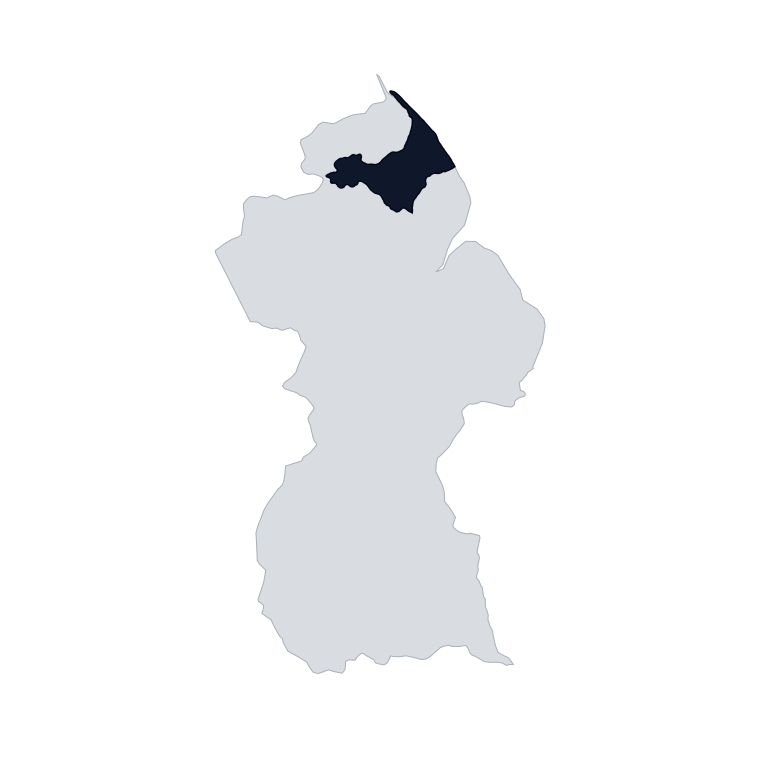 I-2 Waini, Barima-Waini, Guyana (highlighted), rotated 15°
{"feature_id": "73187651B25125705574502", "entity_name": "I-2 Waini", "entity_type": "district", "adm_level": 2, "iso_a3": "GUY", "parent_name": "Guyana", "parent_adm1": "Barima-Waini", "projection": "mercator", "projection_center": [-59.589, 7.691], "detail": "fine", "context": "in_parent", "style": "filled", "palette": "ink", "viewbox_px": 768, "rotation_deg": 15, "n_neighbors": 0, "source": "geoboundaries", "source_scale": "gbopen_adm2", "svg_char_len": 9415}
<svg xmlns="http://www.w3.org/2000/svg" viewBox="0 0 768 768"><g transform="rotate(15 384 384)"><path d="M238.7,358.4L221.7,339.4L204.5,320.2L187.7,301.4L186.5,298.8L193.6,289.9L199.9,283.4L205.1,279.8L207.6,276.6L205.7,262.7L205.8,257.8L203.4,252.3L201.6,246.3L203.7,241.2L206.3,237.7L209.5,236.3L217.4,235.1L223.0,234.6L224.9,232.5L228.2,230.2L232.4,230.1L240.7,231.7L244.4,228.6L251.3,224.5L266.7,217.3L270.1,212.7L272.5,205.4L272.3,202.0L270.7,200.7L266.9,199.6L261.0,199.4L256.3,201.3L251.5,200.2L247.5,195.8L247.3,192.1L249.6,186.9L248.3,183.4L240.6,172.5L240.6,169.4L246.2,164.5L249.4,160.3L253.7,150.3L257.1,146.9L267.8,145.7L270.5,143.6L276.0,138.3L284.1,132.2L295.8,127.4L299.2,118.6L301.3,116.2L310.6,111.5L312.2,109.0L312.0,106.9L297.0,87.1L300.0,88.4L311.6,101.3L318.0,104.1L319.4,104.2L319.4,100.8L325.3,102.3L340.5,111.1L362.8,125.7L394.1,153.2L403.0,163.7L409.0,168.6L418.3,180.6L421.0,186.5L420.7,209.8L412.5,225.6L410.5,237.4L410.0,253.2L405.2,262.3L411.6,257.3L413.6,243.1L419.0,234.5L426.0,225.0L435.4,222.7L445.5,226.7L453.6,227.4L460.8,230.3L476.1,245.4L491.0,257.4L496.4,267.1L512.2,271.9L521.5,279.5L524.5,286.0L526.4,303.2L523.3,329.1L524.2,330.4L519.9,335.5L519.1,338.8L516.4,344.5L514.2,347.6L517.4,354.8L520.9,355.1L522.3,356.0L523.2,357.4L523.0,359.0L521.6,360.3L518.2,362.1L514.9,366.2L515.2,370.7L513.2,373.1L506.7,374.4L493.9,374.4L487.6,374.7L482.6,375.5L479.3,378.4L475.1,380.5L471.9,381.0L469.0,384.4L466.1,389.2L467.0,392.6L470.0,397.0L471.8,401.5L469.5,408.9L466.9,414.6L465.4,418.9L463.4,427.2L458.5,436.4L455.0,441.6L455.0,447.3L456.8,455.3L466.8,467.0L470.1,472.6L472.9,481.6L481.9,488.7L487.6,494.4L487.1,501.9L487.8,504.3L491.4,506.2L495.6,507.6L500.4,507.5L504.6,506.9L505.6,505.8L515.4,505.7L516.5,507.6L517.1,518.4L517.5,522.8L519.8,524.6L521.2,527.3L521.3,529.7L521.7,535.8L523.2,539.0L523.0,545.5L524.0,547.9L526.7,549.5L530.1,554.2L531.4,554.7L532.1,556.4L535.0,563.0L536.5,565.0L537.5,565.3L538.0,567.6L540.1,573.8L541.5,575.3L544.3,579.8L545.4,584.8L549.0,590.4L552.7,594.3L554.4,598.4L559.1,607.4L563.6,613.7L569.9,615.3L575.0,616.2L578.3,618.7L581.5,621.3L578.0,622.5L575.0,624.1L570.7,622.9L564.8,623.5L558.7,625.3L553.0,626.2L542.3,623.4L539.0,623.0L536.8,621.7L532.4,616.2L530.3,615.5L524.6,618.1L517.7,619.9L514.3,619.6L510.3,621.4L506.6,624.0L499.6,634.8L495.9,638.7L492.0,640.4L484.2,640.4L475.8,640.8L469.6,643.4L463.7,644.8L460.8,644.9L459.8,650.9L458.4,653.7L456.6,655.2L452.0,655.7L447.9,655.5L445.5,653.0L440.8,651.8L436.8,650.9L434.1,649.5L432.0,649.8L430.2,652.3L428.8,654.4L427.5,658.3L421.3,659.6L418.7,661.8L420.2,669.1L419.5,672.0L418.2,674.2L410.7,674.7L404.3,674.5L400.6,677.2L396.0,680.3L393.3,680.9L390.0,680.7L385.6,677.1L381.4,672.6L370.8,669.5L360.3,666.9L353.4,659.7L351.8,656.2L348.5,654.7L340.3,646.2L335.8,640.8L330.9,639.3L325.3,637.1L325.5,633.1L325.1,629.3L322.7,627.8L319.3,626.8L318.1,624.6L318.4,619.7L319.1,606.8L318.1,594.6L310.6,590.3L307.3,587.4L301.6,569.2L298.9,561.1L298.8,555.0L300.7,536.8L302.8,529.0L308.7,513.3L312.0,507.9L312.2,504.0L311.9,498.8L310.2,488.7L320.0,482.4L324.3,479.7L325.0,475.4L330.3,470.0L332.6,464.9L334.6,460.8L334.0,458.7L331.7,457.4L329.0,453.6L323.3,442.5L321.2,440.3L319.5,437.2L320.4,432.3L322.6,426.9L322.3,424.7L318.9,421.8L311.9,417.1L306.0,416.7L301.5,415.0L294.8,414.7L289.5,414.2L286.5,412.4L287.1,409.5L288.4,407.2L292.9,401.7L295.9,395.7L296.3,389.9L297.2,382.2L298.5,375.6L299.2,368.0L292.2,363.1L289.9,359.0L287.0,355.4L283.8,355.4L279.0,353.9L271.5,358.6L265.6,357.8L261.5,359.5L252.1,359.2L246.0,356.9L238.7,358.4Z" fill="#d9dde1" stroke="#a8b0b8" stroke-width="1"/><path d="M317.3,102.4L317.8,102.3L318.5,102.5L319.2,102.9L319.8,103.3L320.3,104.0L321.0,104.4L321.7,104.9L322.4,105.4L323.1,106.0L323.8,106.5L324.6,107.0L325.4,107.6L326.1,107.9L326.7,108.2L327.3,108.7L327.9,109.1L328.6,109.6L329.2,110.0L329.9,110.5L330.8,111.0L331.4,111.3L332.1,111.6L332.7,111.8L333.6,112.1L334.5,112.4L335.1,112.7L335.7,113.4L336.2,114.0L336.7,114.8L337.2,115.6L337.7,116.1L338.1,116.6L338.6,117.2L338.8,117.9L339.2,118.5L339.9,119.0L340.6,119.2L341.5,119.5L342.0,119.9L342.5,120.6L342.9,121.2L343.2,121.8L343.3,122.8L343.7,123.8L343.7,124.5L343.9,125.3L344.1,126.0L344.2,127.0L344.3,127.9L344.3,128.7L344.3,129.7L344.4,130.5L344.4,131.6L344.3,132.4L344.3,133.2L344.3,134.2L344.3,134.9L344.4,135.7L344.2,136.6L344.0,137.4L343.8,138.2L343.6,139.2L343.6,140.1L343.7,140.9L343.6,141.8L343.5,142.8L343.4,143.5L343.2,144.4L343.0,145.0L343.0,145.8L342.9,146.8L342.6,147.6L342.5,148.4L342.5,149.2L342.5,149.9L342.5,150.6L342.3,151.3L342.0,152.1L341.4,153.0L340.8,153.7L340.2,154.2L339.4,154.8L338.7,155.5L338.1,156.0L337.3,156.5L336.6,156.8L335.9,157.1L335.2,157.2L334.5,157.4L333.8,157.5L333.1,157.5L332.2,157.9L331.2,158.5L330.8,159.0L330.2,159.8L329.6,160.4L329.0,161.1L328.4,161.9L327.9,162.8L327.5,163.4L326.9,164.2L326.5,165.0L326.1,165.5L325.1,166.7L324.8,167.3L324.4,168.0L324.0,168.8L323.7,169.6L323.4,170.2L323.1,170.8L322.7,171.4L322.2,172.0L321.6,172.6L321.1,173.1L320.5,173.5L319.8,173.8L319.1,174.2L318.5,174.5L317.7,174.6L316.8,174.7L315.9,174.8L315.2,174.9L314.5,175.1L313.8,175.3L312.9,175.6L312.3,175.9L311.5,176.1L310.6,176.2L309.9,176.0L308.9,175.7L308.1,175.7L307.5,175.6L306.7,175.5L306.0,175.2L305.4,174.9L304.7,174.7L304.0,174.3L303.7,173.6L303.6,172.7L303.5,172.1L303.5,171.2L303.3,170.6L303.2,169.8L302.7,169.1L302.2,168.5L301.4,168.3L300.7,168.5L300.1,168.9L299.4,169.5L298.9,169.9L298.3,170.3L297.6,170.5L296.9,170.4L296.1,170.4L295.2,170.3L294.6,170.6L293.9,171.1L293.5,171.6L292.9,172.4L292.3,173.2L291.7,173.8L291.2,174.3L290.6,174.8L289.7,175.2L289.0,175.2L288.0,175.2L287.3,175.6L286.4,176.1L285.8,176.5L285.1,177.2L284.4,177.1L283.7,177.4L283.1,177.8L282.5,178.3L281.9,178.9L281.5,179.5L281.0,180.3L280.5,180.9L280.0,181.6L279.6,182.4L279.3,183.2L279.2,184.1L279.3,184.9L279.6,185.7L280.1,186.4L280.7,187.1L281.3,187.7L282.0,188.0L282.7,188.4L283.2,189.0L283.7,189.6L283.7,190.4L283.4,191.1L283.0,191.7L282.4,192.2L281.6,192.4L280.7,192.5L279.9,193.0L279.2,193.4L278.3,193.9L277.6,194.2L277.3,194.8L276.8,195.3L276.1,195.7L275.5,196.2L275.0,196.8L274.6,197.3L274.2,197.9L274.8,198.6L276.8,198.8L278.1,199.0L278.9,199.4L279.5,199.9L279.8,200.8L279.8,201.6L280.1,202.5L280.5,203.1L281.3,203.5L282.0,203.4L282.8,203.2L283.4,203.0L284.2,202.7L285.0,202.6L285.8,202.8L286.4,203.3L287.4,203.7L288.0,204.4L288.3,205.0L289.1,205.2L289.9,205.6L290.5,205.8L291.4,205.8L292.1,205.7L292.8,205.3L293.5,204.9L294.0,204.4L294.5,203.8L294.6,203.1L294.9,202.4L295.3,201.8L295.7,201.1L296.3,200.9L297.0,200.7L298.0,200.9L298.7,201.0L299.6,201.4L300.4,201.9L301.1,201.9L302.0,201.8L302.9,201.6L303.5,201.1L304.0,200.7L304.3,200.0L304.8,199.3L305.5,199.0L306.0,198.6L306.5,197.8L306.7,197.1L306.7,196.3L306.9,195.4L307.2,194.8L307.8,194.4L308.6,194.2L309.3,194.1L310.0,194.1L310.7,194.1L311.6,194.4L312.4,194.6L313.1,194.9L313.8,195.1L314.8,195.4L315.6,195.8L316.2,196.2L317.0,196.7L317.6,197.2L318.1,197.6L318.7,198.1L319.5,198.7L320.2,199.3L320.8,199.8L321.6,200.2L322.3,200.5L323.1,200.8L323.8,201.1L324.6,201.6L325.4,201.8L326.2,201.9L326.9,201.9L328.3,202.0L329.2,202.0L329.9,202.0L330.7,202.1L331.5,202.6L332.2,202.9L332.8,203.5L333.5,204.1L334.0,204.6L334.7,205.4L335.2,205.9L336.0,206.7L336.6,207.4L337.1,208.2L337.5,208.9L338.2,209.3L338.9,209.6L339.5,210.0L340.1,210.5L341.0,210.6L341.7,210.6L342.4,210.7L343.1,210.8L343.8,211.2L344.2,211.9L344.7,212.5L345.2,212.9L345.9,213.1L346.8,213.3L347.7,213.4L348.4,213.5L349.1,213.7L349.8,214.0L350.5,214.3L351.3,214.5L352.2,214.2L352.8,213.9L353.6,213.5L354.2,212.8L354.5,212.1L354.9,211.5L355.3,211.0L355.8,210.2L356.0,209.5L356.6,209.1L357.3,208.9L358.1,208.8L358.8,208.8L359.5,209.1L360.2,209.3L361.4,209.8L362.1,210.2L362.9,210.5L363.7,210.7L364.6,211.0L365.4,211.1L366.3,211.0L366.9,211.4L366.8,209.9L366.5,208.9L366.3,208.2L365.9,207.4L365.6,206.7L365.5,205.7L365.5,204.9L365.4,204.2L365.2,202.7L365.1,201.9L365.0,201.0L365.0,200.1L365.1,199.4L365.3,198.5L365.4,197.8L365.8,197.1L366.1,196.4L366.5,195.5L366.8,194.6L367.0,193.7L367.3,192.8L367.7,192.1L368.0,191.5L368.4,190.8L368.7,190.0L369.0,188.9L369.2,188.1L369.5,187.2L369.7,186.1L370.2,185.4L370.6,184.8L371.0,184.3L371.9,183.7L372.4,183.1L372.7,182.3L372.8,181.4L373.0,180.6L372.8,180.0L372.5,179.3L372.2,178.6L371.6,177.8L371.4,177.1L371.4,176.4L371.2,175.4L371.4,174.4L371.6,173.7L371.9,172.9L372.4,172.4L373.1,171.9L374.5,171.1L374.9,170.2L375.5,169.4L376.1,168.8L376.9,168.0L377.6,167.5L378.5,167.2L379.3,167.1L380.0,167.0L381.9,166.5L382.6,166.3L383.3,165.9L384.6,165.0L385.3,164.2L385.8,163.6L386.4,163.2L387.2,163.2L387.9,163.2L388.5,162.8L389.0,162.3L390.4,161.3L391.0,160.8L391.8,160.2L392.6,159.5L393.3,158.8L394.2,158.0L394.9,157.3L395.3,156.8L395.9,156.1L396.2,155.7L395.3,154.7L394.4,153.7L392.9,152.4L391.4,150.8L390.9,150.1L390.6,149.9L387.3,146.9L385.8,145.9L383.7,144.1L382.7,143.5L382.6,143.4L380.8,141.5L379.5,140.8L378.2,139.5L376.2,137.7L375.6,137.3L374.8,136.7L373.6,135.5L373.0,134.5L371.6,132.5L371.2,131.7L369.8,130.0L368.8,129.0L367.7,128.2L364.0,126.2L363.3,125.7L360.5,123.8L356.5,121.2L354.8,120.0L354.8,119.9L352.7,118.7L351.9,118.4L346.1,114.7L345.8,114.5L339.1,110.9L337.2,109.8L335.9,109.1L334.0,107.8L331.8,106.5L330.1,105.7L328.5,104.5L327.3,103.6L323.6,101.4L320.2,99.8L319.6,99.6L318.6,99.3L318.0,99.1L314.7,99.2L314.3,99.4L314.1,99.8L314.1,100.2L314.4,100.6L317.3,102.4Z" fill="#0f172a" stroke="#020617" stroke-width="1.5"/></g></svg>